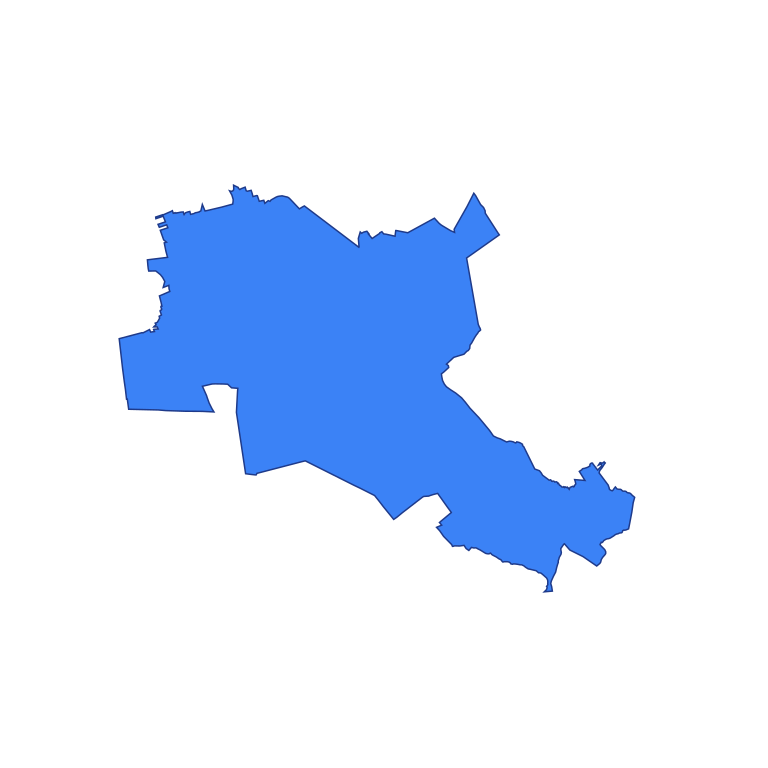 outline of Tolcayuca, Hidalgo, Mexico, rotated 135°
{"feature_id": "50627088B94352894601909", "entity_name": "Tolcayuca", "entity_type": "district", "adm_level": 2, "iso_a3": "MEX", "parent_name": "Mexico", "parent_adm1": "Hidalgo", "projection": "robinson", "projection_center": [-98.927, 19.964], "detail": "fine", "context": "isolated", "style": "filled", "palette": "blue", "viewbox_px": 768, "rotation_deg": 135, "n_neighbors": 0, "source": "geoboundaries", "source_scale": "gbopen_adm2", "svg_char_len": 6135}
<svg xmlns="http://www.w3.org/2000/svg" viewBox="0 0 768 768"><g transform="rotate(135 384 384)"><path d="M420.8,660.2L427.4,663.5L428.4,662.2L421.5,658.8L423.9,653.2L430.9,656.7L432.1,653.7L425.1,650.2L426.4,647.3L433.5,650.9L437.9,641.7L437.5,638.1L439.6,639.2L444.2,632.3L447.5,626.6L463.5,639.1L467.3,634.6L469.2,632.2L470.5,630.2L465.5,625.4L465.2,623.3L464.8,619.4L465.2,615.9L466.5,611.5L471.9,608.4L466.4,605.9L468.7,603.3L470.0,600.9L480.5,605.1L484.0,599.2L486.0,596.1L486.6,596.6L487.3,596.3L487.8,595.3L487.9,594.9L488.1,594.3L488.6,593.9L489.5,594.0L489.7,593.9L490.1,594.1L490.3,594.2L490.7,594.0L491.9,591.5L492.2,591.0L492.5,590.2L493.2,590.3L495.1,590.9L496.1,589.2L500.6,587.9L502.8,588.8L503.3,587.0L506.0,587.3L506.1,587.1L506.4,587.1L504.0,584.8L504.8,582.6L508.2,585.5L508.4,585.5L509.2,583.4L512.3,585.7L511.3,588.3L518.3,590.6L518.8,591.4L539.2,603.3L557.9,579.8L566.2,569.0L570.6,563.1L576.8,555.3L576.2,554.8L582.4,546.7L561.9,525.2L557.1,519.5L543.9,505.4L531.9,493.2L524.0,484.5L523.1,488.2L521.1,494.2L518.7,499.3L517.7,501.2L514.0,510.8L505.6,505.6L503.3,503.5L497.7,497.7L494.7,494.4L494.5,489.1L490.4,484.3L492.5,482.6L508.4,468.3L545.3,418.4L541.9,414.0L539.1,410.5L538.6,410.1L537.1,410.7L497.4,387.4L494.0,385.3L476.8,333.5L474.6,327.3L469.5,311.8L470.4,303.8L471.2,297.8L472.4,286.1L472.9,281.4L469.2,280.7L461.9,280.0L436.9,276.8L435.4,276.4L431.6,273.1L430.4,272.6L427.3,271.0L423.4,268.7L426.1,252.8L427.2,245.8L427.3,245.5L442.7,246.9L443.0,243.4L448.2,245.5L448.4,240.8L449.6,234.1L449.7,223.0L449.8,222.3L450.4,220.8L450.2,220.5L448.5,219.6L445.1,216.0L441.5,213.3L442.3,209.6L441.7,206.3L437.7,206.6L436.4,204.5L435.1,203.4L434.5,202.4L434.4,201.6L433.4,198.7L431.9,192.4L431.0,190.9L429.8,189.6L428.4,189.3L428.2,188.7L428.4,187.5L428.1,186.0L426.9,182.3L426.3,178.9L425.6,177.2L425.9,174.9L425.8,174.0L424.7,173.4L422.4,171.1L421.5,169.7L421.2,168.4L421.5,167.1L420.6,165.7L419.5,165.1L418.3,163.7L416.9,161.9L415.6,159.9L414.5,158.8L413.7,156.6L413.5,154.4L412.8,151.3L411.7,149.7L408.4,144.3L408.2,141.2L407.4,140.4L406.7,139.2L406.4,135.8L406.2,131.8L406.9,129.7L408.3,128.0L409.3,127.2L410.1,126.2L412.2,125.9L412.3,125.0L413.6,124.1L414.5,123.7L417.6,123.7L411.4,118.5L408.7,122.2L407.2,125.0L404.9,126.4L400.2,128.2L395.7,129.6L391.7,132.1L388.8,133.7L386.9,134.6L385.8,135.8L384.3,136.5L382.6,137.5L379.3,138.4L377.8,139.4L376.4,141.4L375.4,142.6L370.2,143.6L369.4,143.4L370.0,135.2L365.3,121.2L362.3,104.9L358.3,104.5L356.8,104.8L354.5,106.2L353.3,106.5L352.1,106.8L348.7,107.0L347.2,107.3L345.9,108.5L345.1,110.5L345.0,111.9L345.0,116.9L344.6,117.9L343.5,118.0L342.3,118.5L341.9,117.7L340.7,117.6L339.3,117.9L336.6,117.2L335.2,116.4L334.5,115.8L333.0,115.1L329.1,114.2L326.9,113.9L325.3,113.3L324.7,112.7L322.9,112.1L322.3,111.7L321.7,111.1L320.8,110.7L320.0,110.9L319.0,111.5L317.9,111.2L317.0,110.3L316.1,109.7L313.5,108.6L308.7,111.8L299.3,118.2L291.8,123.8L286.9,126.6L287.0,128.3L287.2,129.5L287.1,131.1L287.2,132.6L287.8,133.9L288.3,134.2L288.7,135.1L288.9,135.9L288.8,136.7L289.4,137.9L290.3,138.7L290.8,139.3L291.0,140.2L291.0,141.6L291.5,142.7L292.3,143.3L293.3,144.8L293.5,145.5L293.3,146.3L293.2,147.6L295.1,147.4L297.2,147.0L298.1,147.1L298.5,147.8L298.9,148.9L299.0,149.9L298.9,150.6L298.4,151.0L297.8,152.2L297.5,153.1L297.0,153.7L294.8,169.0L292.8,170.2L289.1,170.6L285.0,171.5L283.4,171.7L283.4,172.3L283.8,173.0L283.6,173.3L285.0,173.5L286.2,174.1L286.2,174.8L286.8,175.6L289.7,175.0L286.8,173.9L288.0,172.2L293.8,172.1L292.7,180.1L292.5,180.6L292.9,181.2L294.0,181.6L294.9,181.6L295.7,181.2L296.5,180.4L297.6,180.8L298.9,181.1L301.7,182.5L303.0,183.4L303.7,183.7L304.9,183.5L306.2,183.8L307.7,184.1L310.1,173.7L316.8,181.6L317.6,180.0L319.0,177.8L319.4,177.6L321.0,177.6L322.0,177.0L322.6,177.1L322.7,178.0L322.9,178.2L325.4,179.3L326.3,179.1L327.5,178.6L327.2,180.4L327.5,180.6L327.3,181.5L328.2,181.8L328.5,182.9L329.4,183.0L329.2,183.7L329.5,184.3L330.1,184.2L330.4,184.7L331.0,185.2L331.1,187.7L331.5,188.2L330.9,190.2L331.5,190.8L330.9,191.2L331.2,192.9L332.6,194.0L332.6,195.2L333.3,196.0L333.9,196.1L334.2,196.7L333.9,198.4L335.2,199.2L336.4,207.3L335.7,210.0L335.4,212.7L337.5,217.3L329.5,240.9L329.6,242.4L328.7,243.5L329.2,245.7L329.7,247.0L331.0,249.2L331.8,249.1L332.5,249.2L333.0,250.1L333.6,251.9L334.8,253.8L335.9,255.0L338.3,256.3L340.6,263.1L342.0,265.8L343.4,269.9L342.2,276.6L340.7,292.8L340.3,306.2L339.4,313.3L338.9,319.3L339.7,326.9L341.0,332.9L341.8,337.9L341.4,341.3L340.1,345.1L337.9,348.4L336.2,350.6L333.5,350.2L326.6,349.9L325.5,351.5L325.8,353.9L315.8,353.5L306.3,348.5L302.4,348.6L300.7,348.1L298.3,348.5L296.4,350.1L295.5,350.7L293.1,351.0L287.2,352.7L283.5,353.5L282.4,353.5L280.1,354.1L279.7,354.1L279.2,353.9L277.5,353.9L277.2,354.4L276.6,355.6L276.3,356.8L275.2,359.5L236.5,414.7L197.0,407.9L196.6,410.2L191.6,433.2L190.0,435.0L188.8,438.4L188.8,442.6L186.0,452.4L185.6,455.4L199.7,450.8L225.0,443.8L226.9,441.3L228.5,445.4L230.9,454.9L231.2,456.5L231.4,458.9L231.1,465.6L259.4,473.9L260.2,474.1L266.7,483.7L267.2,484.2L271.7,480.7L276.5,488.3L278.1,490.4L277.8,493.2L280.0,493.9L280.7,493.6L289.5,495.3L289.0,501.0L288.5,500.8L288.1,504.1L291.0,505.8L293.2,506.4L293.3,508.3L299.2,505.1L304.7,498.6L305.1,498.5L314.4,566.2L316.2,566.8L320.0,567.7L319.7,577.3L319.6,582.3L320.0,584.3L320.3,584.7L323.0,589.1L325.4,591.0L326.8,591.9L328.3,592.5L333.7,594.0L335.5,593.8L336.2,595.5L340.5,596.0L339.1,598.9L343.0,601.4L340.4,606.7L340.7,607.2L344.1,609.2L342.5,611.9L341.0,614.9L344.3,616.9L344.8,618.1L343.0,621.4L347.1,623.2L348.4,623.4L348.5,624.4L348.5,625.6L348.1,625.9L348.1,626.1L349.8,630.9L352.3,628.2L353.2,627.6L354.3,627.5L355.4,627.9L356.1,628.8L356.6,629.8L358.0,625.1L360.1,621.2L361.6,619.8L363.8,618.2L373.6,623.8L385.6,631.2L388.2,632.9L385.5,639.4L391.1,635.9L393.0,636.5L393.1,636.4L395.1,637.6L396.0,638.3L396.9,638.7L397.7,638.8L399.0,639.6L400.8,640.7L399.3,643.3L401.3,644.5L403.2,645.4L405.3,645.4L406.0,644.5L404.3,647.6L406.0,649.1L409.8,651.6L409.7,651.7L410.9,652.6L410.7,652.9L412.3,653.7L411.1,656.2L412.5,656.6L420.9,659.9L420.8,660.2Z" fill="#3b82f6" stroke="#1e3a8a" stroke-width="1.5"/></g></svg>